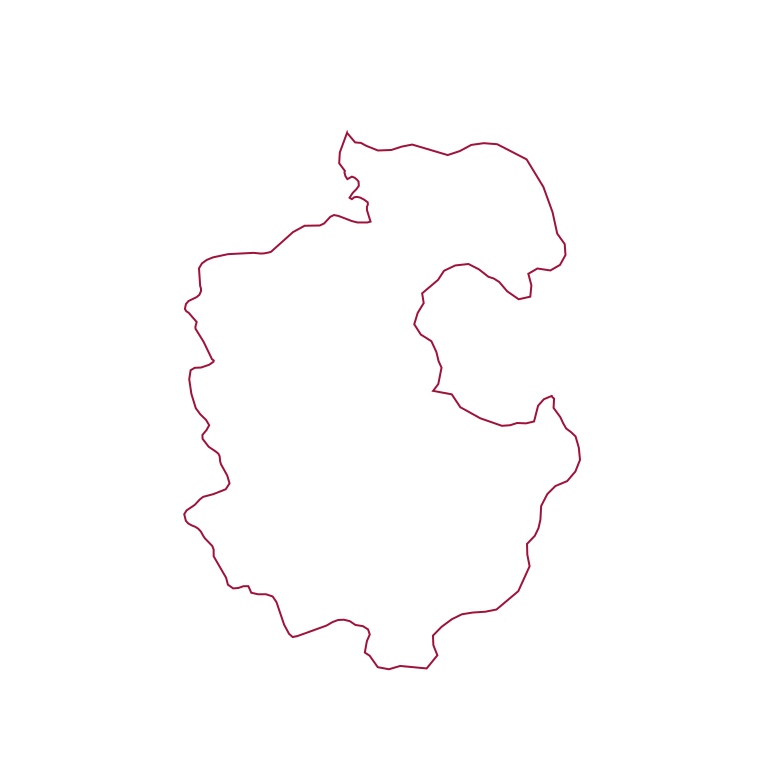 Attapu, Natural Earth projection, rotated 119°
{"feature_id": "LAO-3294", "entity_name": "Attapu", "entity_type": "Province", "adm_level": 1, "iso_a3": "LAO", "parent_name": "Laos", "parent_adm1": "", "projection": "natural_earth1", "projection_center": [106.906, 14.792], "detail": "fine", "context": "isolated", "style": "outline", "palette": "rose", "viewbox_px": 768, "rotation_deg": 119, "n_neighbors": 0, "source": "natural_earth", "source_scale": "10m", "svg_char_len": 2854}
<svg xmlns="http://www.w3.org/2000/svg" viewBox="0 0 768 768"><g transform="rotate(119 384 384)"><path d="M628.1,270.6L617.2,274.3L610.0,275.0L606.4,278.9L606.0,285.0L608.6,292.2L608.0,298.9L609.6,304.8L612.7,309.8L617.2,313.6L623.2,317.2L646.3,337.4L649.6,341.3L648.5,346.0L642.9,354.7L626.9,372.3L623.8,378.4L625.1,385.3L629.0,392.3L630.9,398.9L626.6,404.6L629.0,408.9L633.0,412.5L635.9,416.8L635.2,423.2L630.0,428.2L617.3,449.4L611.3,452.8L608.9,455.7L605.8,465.9L604.5,468.4L601.8,472.7L600.6,476.4L600.4,479.9L600.9,483.7L600.9,487.6L599.7,491.0L594.7,495.6L590.3,495.4L581.4,490.9L574.2,489.1L570.4,487.5L563.2,480.0L552.8,471.4L545.8,470.9L540.0,476.8L533.2,487.7L531.2,489.7L526.8,492.8L525.3,495.0L524.7,497.9L523.9,506.9L519.9,516.1L516.6,518.1L510.7,517.0L510.6,516.9L504.8,516.9L501.7,522.2L499.6,529.9L496.4,536.9L486.0,547.7L474.2,556.7L465.7,559.8L461.6,557.4L458.3,552.0L452.0,546.3L447.2,543.9L446.0,544.3L445.7,546.5L434.5,562.3L427.1,575.6L425.4,576.7L420.6,577.9L416.4,589.4L416.2,592.2L414.9,594.5L410.1,596.0L406.2,595.2L399.0,590.1L395.5,588.7L391.4,589.1L389.2,590.4L387.4,592.3L372.5,601.9L366.8,601.7L361.4,599.2L356.1,594.9L346.0,583.3L332.5,561.6L329.6,554.9L327.8,552.1L324.8,548.5L323.1,546.9L295.2,537.2L290.5,534.2L284.1,530.2L276.5,517.0L272.6,514.2L263.8,512.0L260.5,509.7L259.1,505.4L257.1,491.2L255.6,485.5L250.8,476.9L248.5,474.5L240.2,483.2L237.4,484.8L234.9,485.1L233.0,486.3L232.4,490.8L232.5,495.1L233.4,498.3L235.0,500.5L237.9,501.7L237.8,504.4L231.9,504.0L227.0,502.6L222.9,502.1L219.3,504.4L218.5,506.3L217.8,509.6L218.2,512.6L222.6,515.4L220.9,518.5L218.1,521.2L216.6,521.5L212.7,530.2L202.9,534.9L182.2,538.1L182.3,538.0L186.7,526.4L184.3,521.0L184.3,515.1L182.7,502.5L175.8,491.1L167.8,483.6L160.9,475.4L152.9,439.3L143.5,430.6L132.6,423.6L125.0,413.5L119.4,401.2L118.4,368.2L134.4,340.1L152.0,319.9L168.5,305.4L174.0,293.8L183.2,287.8L194.5,287.8L204.0,293.5L208.6,305.8L217.6,311.2L226.3,302.9L236.7,298.4L244.6,307.3L243.2,321.2L238.9,332.7L238.5,339.1L239.6,344.6L237.7,356.6L238.1,368.3L245.8,379.2L255.9,386.4L266.7,387.2L286.2,394.6L294.0,388.5L305.5,389.0L317.1,386.5L322.9,375.8L323.6,363.3L330.7,353.6L337.6,347.3L341.8,341.6L357.7,336.5L366.2,337.7L360.2,319.7L367.3,306.0L367.3,283.1L363.4,260.6L358.9,253.7L353.6,248.7L349.5,240.6L344.0,234.6L328.3,238.7L319.8,236.8L313.1,231.5L314.0,230.0L314.3,228.2L322.7,224.1L327.5,213.7L331.3,208.5L334.6,203.1L335.4,197.1L337.0,191.0L345.2,182.8L355.3,175.8L367.7,174.2L380.1,176.7L390.1,184.6L401.1,187.8L414.5,187.4L426.9,181.4L435.2,179.0L443.7,178.5L454.5,181.4L463.8,175.9L472.8,168.3L500.1,166.1L526.7,176.3L534.0,184.9L540.8,195.5L547.6,204.2L556.6,210.5L568.4,215.9L580.3,219.2L588.5,214.2L595.4,205.8L612.1,208.8L622.8,233.2L631.1,241.4L634.7,252.2L628.6,264.8L628.2,270.4L628.1,270.6Z" fill="none" stroke="#9f1239" stroke-width="2"/></g></svg>